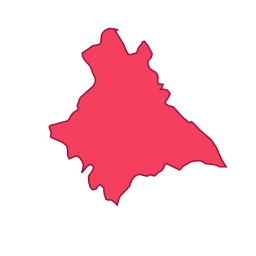 the Governorate of Al Gharbiyah, rotated 322°
{"feature_id": "EGY-1530", "entity_name": "Al Gharbiyah", "entity_type": "Governorate", "adm_level": 1, "iso_a3": "EGY", "parent_name": "Egypt", "parent_adm1": "", "projection": "equal_earth", "projection_center": [31.057, 30.849], "detail": "fine", "context": "isolated", "style": "filled", "palette": "rose", "viewbox_px": 256, "rotation_deg": 322, "n_neighbors": 0, "source": "natural_earth", "source_scale": "10m", "svg_char_len": 2161}
<svg xmlns="http://www.w3.org/2000/svg" viewBox="0 0 256 256"><g transform="rotate(322 128 128)"><path d="M120.3,182.2L119.1,181.9L116.9,178.5L114.9,178.2L112.9,177.3L108.9,171.9L106.4,170.6L103.7,170.3L100.8,170.8L98.2,171.8L95.5,173.3L93.1,174.9L80.8,176.7L78.3,177.5L75.1,179.8L72.0,182.0L71.5,177.4L70.2,173.9L68.0,172.5L66.8,170.4L68.5,165.9L70.9,161.7L72.2,160.5L71.2,155.3L68.7,155.2L65.4,156.4L62.2,155.0L61.8,151.5L63.5,147.2L65.9,143.4L67.3,141.7L73.6,139.7L76.6,138.0L77.0,134.9L74.7,133.0L71.3,133.2L63.9,134.9L69.5,130.5L70.6,128.6L71.4,125.5L71.6,121.8L70.6,118.7L68.1,117.5L62.7,116.1L63.5,112.8L66.7,108.5L68.8,104.3L67.7,99.1L62.0,88.9L61.5,87.1L64.3,84.9L66.6,78.6L68.3,78.2L70.1,78.8L70.7,79.3L84.9,85.2L87.7,84.6L91.8,82.7L95.3,82.3L99.1,82.8L101.0,81.8L101.6,81.2L101.2,80.1L101.5,79.5L102.4,78.7L105.1,77.2L107.4,75.5L109.5,74.7L126.8,73.5L130.8,71.4L132.9,68.6L134.2,62.4L135.3,59.6L136.0,57.0L136.2,55.2L135.8,49.9L135.8,46.6L136.2,43.7L138.1,40.8L151.0,41.6L156.3,44.3L158.9,44.2L164.0,38.8L166.8,37.3L169.5,37.0L172.1,37.3L174.4,38.1L175.9,39.1L180.8,44.5L179.2,43.9L178.8,43.4L178.1,42.9L177.8,43.5L176.1,58.7L173.9,67.1L173.6,69.7L174.8,71.5L176.2,72.2L177.7,72.7L179.9,73.8L180.6,73.9L183.2,72.9L185.3,71.5L187.7,70.7L190.1,70.3L192.3,69.1L193.5,69.3L194.5,70.1L194.1,71.8L194.5,74.2L193.0,83.3L192.4,84.7L189.8,86.6L187.0,87.1L184.4,88.0L182.4,91.2L181.9,95.3L182.7,97.8L183.9,100.3L184.1,104.3L182.5,107.0L180.1,109.3L179.2,111.9L182.5,115.3L181.2,115.9L180.4,116.5L179.4,117.1L177.5,117.5L179.0,118.5L180.6,120.1L181.9,121.8L182.5,123.0L182.3,126.4L181.8,127.4L180.8,127.5L179.2,128.6L173.7,130.4L172.5,131.8L173.2,134.1L174.3,136.3L176.6,139.2L177.6,152.6L179.2,160.5L179.7,161.5L180.9,161.7L182.0,162.4L182.5,164.8L183.3,173.4L186.2,188.2L185.8,196.8L182.2,211.5L181.5,219.0L176.4,215.1L174.5,211.3L169.5,206.0L167.5,204.3L166.4,202.0L165.9,199.7L164.3,198.0L162.5,196.5L159.1,194.4L156.1,193.2L147.7,192.0L144.1,192.8L142.8,192.9L142.2,191.9L141.5,189.9L136.6,180.4L135.7,179.5L135.0,179.3L130.9,181.6L129.7,182.0L127.9,182.2L126.6,182.1L124.5,181.6L120.3,182.2Z" fill="#f43f5e" stroke="#9f1239" stroke-width="1.5"/></g></svg>